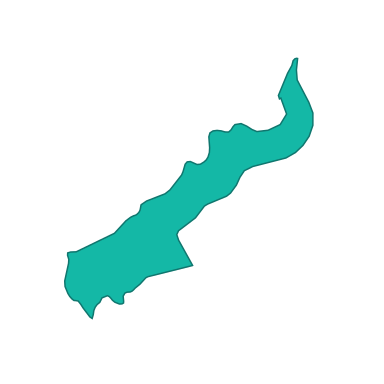 Lower River, Equal Earth projection, rotated 330°
{"feature_id": "GMB-2154", "entity_name": "Lower River", "entity_type": "Division", "adm_level": 1, "iso_a3": "GMB", "parent_name": "Gambia", "parent_adm1": "", "projection": "equal_earth", "projection_center": [-15.76, 13.406], "detail": "fine", "context": "isolated", "style": "filled", "palette": "teal", "viewbox_px": 384, "rotation_deg": 330, "n_neighbors": 0, "source": "natural_earth", "source_scale": "10m", "svg_char_len": 1571}
<svg xmlns="http://www.w3.org/2000/svg" viewBox="0 0 384 384"><g transform="rotate(330 192 192)"><path d="M350.2,129.2L343.4,138.6L339.1,147.6L338.0,172.8L336.2,184.0L330.0,194.7L321.3,202.3L311.4,207.1L301.5,209.5L290.4,209.5L257.4,200.3L248.0,199.7L240.9,203.2L233.9,208.2L224.8,212.2L219.9,212.9L199.5,210.3L195.7,210.4L182.1,216.1L161.0,218.8L157.5,221.3L156.3,227.1L155.8,255.9L155.6,255.9L111.5,243.3L109.1,243.2L100.9,245.8L94.7,246.8L92.5,247.5L90.4,247.9L88.5,247.7L85.7,246.3L83.4,246.0L80.3,247.8L78.2,252.4L77.2,253.9L75.4,253.9L73.1,252.7L70.1,248.9L69.0,246.0L68.6,243.4L68.1,241.3L66.9,239.5L61.1,238.7L56.9,241.5L53.6,242.0L50.5,243.4L47.7,245.6L45.2,248.8L42.3,251.6L41.1,249.2L39.7,238.1L39.5,233.5L38.9,229.5L37.0,227.9L35.5,226.9L34.5,224.4L33.9,221.3L33.8,217.9L34.8,210.4L37.3,205.4L49.4,192.1L51.6,188.8L52.6,184.6L53.9,182.6L56.9,183.3L61.8,185.9L104.2,189.0L120.4,183.9L126.2,183.2L129.5,183.4L131.2,183.8L132.7,183.9L135.6,183.2L137.8,181.9L139.4,180.1L140.7,178.5L141.6,177.6L148.2,177.1L167.7,180.1L173.9,179.2L191.5,172.1L194.4,169.9L200.0,164.5L202.9,163.5L205.8,164.8L210.1,170.7L213.1,172.1L217.3,172.0L220.5,171.3L223.4,169.7L226.8,166.5L229.4,162.5L234.2,152.6L237.1,149.8L240.7,149.6L244.5,151.2L247.9,153.7L250.6,156.5L253.7,158.4L257.0,157.7L260.1,156.0L262.9,155.1L268.7,157.3L272.3,162.3L275.2,167.9L278.4,172.1L288.8,176.6L302.1,177.7L312.9,171.8L315.9,155.1L314.3,155.1L315.1,151.6L334.1,137.0L341.7,132.4L345.3,128.8L347.7,128.1L349.4,128.5L350.1,129.1L350.2,129.2Z" fill="#14b8a6" stroke="#0f766e" stroke-width="1.5"/></g></svg>